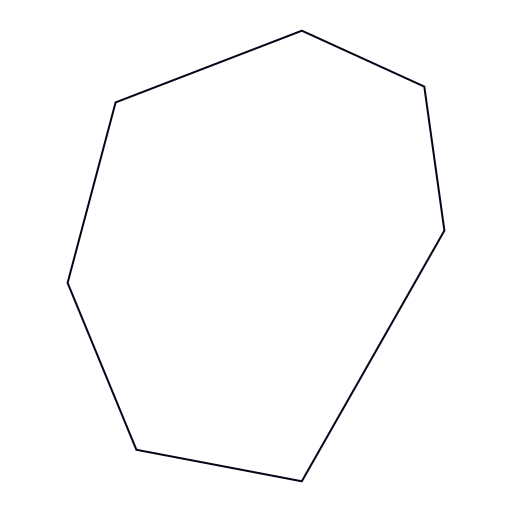 an SVG outline of Nauru
{"feature_id": "NRU", "entity_name": "Nauru", "entity_type": "country or territory", "adm_level": 0, "iso_a3": "NRU", "parent_name": "Oceania", "parent_adm1": "", "projection": "mercator", "projection_center": [166.936, -0.52], "detail": "fine", "context": "isolated", "style": "outline", "palette": "ink", "viewbox_px": 512, "rotation_deg": 0, "n_neighbors": 0, "source": "natural_earth", "source_scale": "50m", "svg_char_len": 220}
<svg xmlns="http://www.w3.org/2000/svg" viewBox="0 0 512 512"><path d="M444.4,230.6L301.8,481.3L136.4,449.8L67.6,282.9L115.6,102.4L301.8,30.7L424.3,86.6L444.4,230.6Z" fill="none" stroke="#020617" stroke-width="2"/></svg>